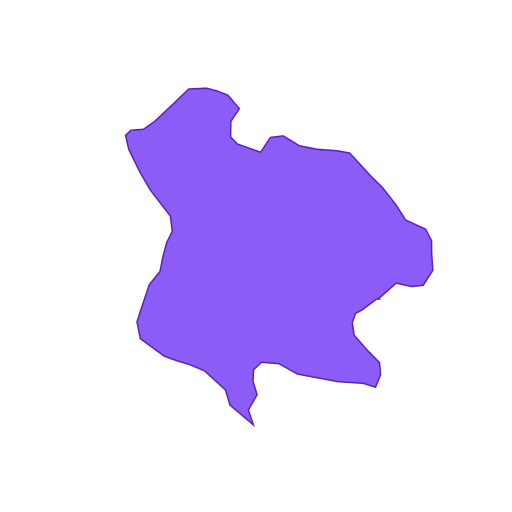 Nora, Orebro, Sweden, rotated 226°
{"feature_id": "70781695B8757223654229", "entity_name": "Nora", "entity_type": "district", "adm_level": 2, "iso_a3": "SWE", "parent_name": "Sweden", "parent_adm1": "Orebro", "projection": "equal_earth", "projection_center": [14.906, 59.57], "detail": "fine", "context": "isolated", "style": "filled", "palette": "violet", "viewbox_px": 512, "rotation_deg": 226, "n_neighbors": 0, "source": "geoboundaries", "source_scale": "gbopen_adm2", "svg_char_len": 1055}
<svg xmlns="http://www.w3.org/2000/svg" viewBox="0 0 512 512"><g transform="rotate(226 256 256)"><path d="M139.4,314.7L140.1,314.7L139.1,338.0L125.9,346.7L118.8,355.9L122.8,373.2L136.0,384.3L145.1,392.9L157.3,396.6L158.5,396.2L177.9,388.6L195.4,392.2L217.6,394.5L233.2,394.1L265.0,394.9L275.4,387.4L290.4,374.0L305.3,363.7L323.5,359.0L331.3,348.7L327.4,331.4L349.5,320.4L359.2,320.4L370.3,331.4L373.6,346.4L391.1,347.5L401.5,342.8L411.2,336.9L422.9,323.5L422.9,303.8L423.2,279.1L423.3,276.0L425.3,263.1L433.4,253.3L433.4,246.0L421.2,238.6L396.8,230.7L376.5,225.8L344.1,222.1L331.9,212.9L327.8,201.3L319.7,187.9L311.6,176.3L309.5,159.3L298.4,138.0L291.3,124.6L276.8,115.4L247.7,120.4L236.6,125.8L223.4,133.1L209.2,139.2L180.9,141.0L166.7,133.7L136.3,136.8L150.5,143.5L155.5,160.5L167.7,166.6L175.8,175.1L175.8,186.1L162.6,197.7L142.3,203.8L125.1,216.0L108.8,227.6L89.9,244.7L78.6,250.8L84.0,263.1L93.5,270.8L111.4,270.6L130.9,271.6L141.3,279.1L145.5,287.7L143.4,295.5L141.3,312.8L139.4,314.7Z" fill="#8b5cf6" stroke="#5b21b6" stroke-width="1.5"/></g></svg>